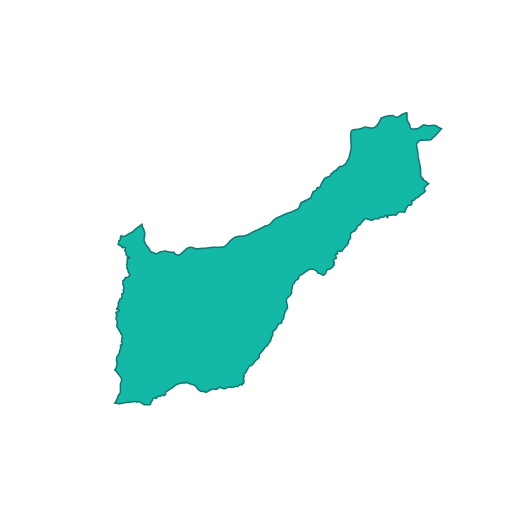 Bochalema, Norte de Santander, Colombia, rotated 22°
{"feature_id": "7082276B10229211871917", "entity_name": "Bochalema", "entity_type": "district", "adm_level": 2, "iso_a3": "COL", "parent_name": "Colombia", "parent_adm1": "Norte de Santander", "projection": "mercator", "projection_center": [-72.657, 7.644], "detail": "fine", "context": "isolated", "style": "filled", "palette": "teal", "viewbox_px": 512, "rotation_deg": 22, "n_neighbors": 0, "source": "geoboundaries", "source_scale": "gbopen_adm2", "svg_char_len": 6125}
<svg xmlns="http://www.w3.org/2000/svg" viewBox="0 0 512 512"><g transform="rotate(22 256 256)"><path d="M123.5,287.5L123.2,289.1L123.9,291.0L124.0,292.3L123.1,293.2L123.7,294.4L123.6,296.5L124.4,297.2L127.2,297.3L129.0,298.4L129.6,298.3L130.3,297.2L130.8,297.0L132.0,297.4L132.1,300.0L133.8,301.1L134.6,302.1L135.1,303.6L137.4,304.8L138.5,304.3L139.2,304.8L139.2,305.7L137.6,306.3L137.4,306.6L138.3,307.5L138.2,308.5L139.2,310.6L139.3,312.8L140.6,314.0L140.7,315.6L141.8,316.2L144.1,319.3L145.6,320.1L146.1,320.7L145.3,323.9L143.5,324.5L143.0,325.1L143.1,327.0L142.7,327.2L141.8,329.1L142.9,330.5L143.0,332.3L144.3,333.0L145.6,335.0L145.9,336.1L145.6,337.2L146.9,339.4L146.7,340.2L145.7,341.7L146.5,342.6L147.5,345.4L146.0,346.8L145.9,351.1L147.0,353.7L147.0,355.5L146.6,357.2L146.7,357.6L147.2,357.9L147.6,357.7L148.1,356.8L148.4,356.7L149.7,358.2L149.0,359.3L147.4,360.6L147.4,361.1L148.0,362.0L149.1,362.5L149.4,363.2L149.3,365.1L149.7,366.7L151.8,368.4L152.6,370.6L152.6,371.4L153.7,374.0L155.9,375.1L157.0,376.4L159.0,377.6L159.5,378.6L160.9,379.1L161.8,380.0L162.3,381.2L162.6,383.3L163.4,384.7L163.2,385.3L163.5,386.3L164.9,387.2L165.1,387.7L165.1,388.4L163.7,389.4L165.0,392.3L165.1,395.1L165.7,397.1L164.8,402.1L165.5,404.6L167.1,407.1L168.1,409.7L168.2,411.7L167.8,414.5L169.1,415.0L176.4,419.2L177.7,420.9L178.1,422.0L178.2,425.5L181.3,433.1L181.2,434.6L180.6,436.9L180.7,442.3L180.2,445.3L184.7,444.2L190.0,440.7L192.7,439.5L197.8,436.4L200.1,436.1L202.3,435.0L203.4,434.9L207.9,435.8L213.2,433.7L213.6,433.3L213.8,432.4L213.3,430.5L213.5,429.8L214.1,429.1L213.8,427.4L214.1,426.1L214.8,425.6L216.9,425.4L217.7,422.5L218.2,422.2L219.8,422.0L220.9,420.2L222.6,420.0L223.4,419.6L223.9,418.2L223.3,415.9L223.5,415.4L224.9,413.7L226.0,411.9L228.3,408.7L230.3,405.0L234.6,401.6L238.1,400.2L238.3,399.4L238.7,399.0L240.9,399.4L247.0,398.8L249.5,399.6L252.0,401.3L254.8,402.0L255.9,402.0L258.8,401.1L259.9,401.3L260.7,401.0L262.0,399.9L263.2,397.9L264.4,396.9L264.8,395.8L268.4,394.9L269.9,393.9L270.5,392.8L270.6,391.8L271.1,391.3L271.6,391.2L272.5,391.5L274.4,390.9L275.9,391.2L277.6,390.0L278.7,388.6L279.8,387.7L284.0,386.4L285.3,384.7L287.9,383.9L289.0,381.7L289.7,380.9L290.5,380.5L290.8,380.0L291.3,380.7L291.5,379.6L292.2,378.6L291.6,376.1L290.3,374.3L290.1,372.2L289.1,370.2L289.2,369.8L290.1,368.2L290.2,367.3L290.9,360.8L293.4,358.4L294.8,353.0L296.7,349.9L296.8,348.8L296.1,346.8L296.2,345.2L297.7,341.3L298.8,336.4L300.2,334.7L300.3,332.4L301.3,329.3L300.8,325.5L301.1,323.0L300.2,321.1L300.3,319.1L301.4,317.2L301.9,315.6L302.0,312.7L302.4,310.6L304.4,308.9L304.7,307.7L304.4,305.7L305.0,303.5L304.3,301.1L303.9,296.3L304.5,293.9L304.6,292.2L303.5,290.0L301.4,287.1L300.3,284.1L302.5,279.5L302.8,278.1L302.6,276.0L301.4,273.7L301.6,272.3L301.0,270.1L300.9,268.5L301.6,266.8L301.9,263.9L303.8,261.5L303.9,260.8L303.4,258.8L303.5,258.2L303.9,257.5L305.0,256.6L309.5,249.5L311.6,247.6L313.7,246.9L315.9,246.8L318.4,247.5L319.6,248.6L322.3,248.3L324.5,248.7L325.5,248.6L326.4,247.8L327.0,245.4L327.1,241.8L328.9,240.9L330.2,239.2L331.1,237.6L331.8,235.0L331.5,233.8L329.3,230.6L329.8,229.4L331.3,228.0L331.2,227.5L329.2,225.5L329.6,224.5L330.9,223.3L330.1,222.3L329.9,221.1L330.6,220.4L332.5,220.3L334.0,219.1L334.2,217.3L335.3,213.7L336.1,212.4L336.5,211.2L336.7,209.5L335.9,207.1L336.4,206.2L337.0,204.1L335.4,200.3L335.4,199.5L336.5,197.4L338.2,195.7L338.5,195.0L338.5,193.9L339.1,192.8L338.8,191.1L339.0,190.0L340.7,188.0L341.5,184.6L342.2,183.4L342.9,181.1L344.0,180.0L346.3,180.1L347.9,179.7L348.8,179.7L349.3,179.4L349.6,179.8L349.9,179.6L352.7,176.6L355.9,175.6L356.2,173.8L357.6,173.4L359.6,172.2L360.2,171.5L360.9,169.6L362.1,169.8L362.9,171.1L363.3,171.3L363.6,170.9L363.4,169.2L363.9,168.5L365.7,167.8L366.3,167.1L370.4,165.7L370.8,165.1L371.3,162.8L372.3,161.6L373.2,161.0L375.3,160.3L376.2,160.2L377.3,159.7L377.7,158.7L377.4,156.8L377.9,152.4L378.4,151.8L380.5,150.9L381.0,149.9L380.8,148.7L379.8,146.7L380.2,146.2L381.6,145.2L382.0,144.4L382.1,142.9L384.4,140.8L385.5,137.8L387.7,134.8L388.4,133.3L388.6,131.9L387.5,131.8L386.5,130.2L387.3,127.1L388.7,125.0L388.9,124.2L387.3,124.0L385.8,123.1L384.6,123.2L382.7,122.7L381.9,121.6L380.8,121.9L378.4,119.3L375.6,113.0L371.8,107.1L369.2,103.6L367.4,99.6L363.6,93.7L363.0,92.2L363.2,90.2L364.0,88.6L365.1,87.1L373.5,83.4L375.0,82.2L375.5,80.5L377.1,77.5L380.3,68.5L377.1,68.4L374.6,67.8L373.6,67.8L371.4,68.4L367.9,70.3L366.2,70.9L362.2,71.6L358.6,77.0L355.9,78.6L353.4,79.7L352.2,79.8L350.5,78.9L349.2,76.6L347.8,75.6L344.8,72.8L342.5,66.9L342.0,66.7L339.8,68.5L337.7,70.9L335.7,74.2L332.6,75.0L331.6,75.0L330.7,74.3L328.2,75.4L324.4,77.6L320.3,81.2L320.0,86.7L319.3,89.3L318.3,91.7L317.6,92.5L316.0,93.8L314.9,94.3L309.1,95.4L305.0,99.0L303.1,100.3L299.4,102.2L298.0,103.4L297.7,104.2L297.9,106.8L298.6,108.9L303.8,120.0L305.5,130.1L304.9,133.5L304.9,135.7L304.7,136.8L303.5,138.6L303.0,140.0L301.5,141.1L300.4,141.4L299.6,142.5L298.2,146.3L296.2,148.9L295.7,150.4L294.7,151.8L294.9,152.2L294.9,154.1L292.8,155.9L292.0,157.2L291.7,157.1L291.9,156.4L290.4,158.7L289.5,165.1L289.6,167.9L288.7,169.2L287.8,169.3L287.4,169.6L287.0,170.6L287.5,172.0L284.7,175.4L285.2,175.6L284.8,177.4L284.9,182.0L283.4,183.2L281.0,186.9L280.7,187.2L280.7,186.4L277.7,189.7L277.8,195.2L277.1,196.9L271.7,202.5L267.8,205.7L267.3,206.6L266.2,207.1L265.5,208.3L261.2,212.7L259.0,215.8L257.2,221.0L256.2,222.5L254.8,223.8L253.3,224.6L248.2,230.7L244.3,234.6L240.9,238.9L238.6,241.0L236.6,242.4L232.6,244.1L230.4,245.7L229.0,247.1L226.4,251.4L225.4,254.9L224.5,256.9L223.5,258.7L222.4,259.8L217.4,262.3L213.0,263.9L206.1,267.8L202.0,269.6L198.8,271.5L196.9,271.8L193.3,272.0L191.9,272.5L189.6,274.3L188.8,275.4L186.8,279.8L184.8,283.4L184.2,284.0L181.1,284.7L180.0,284.3L178.7,283.3L173.4,285.0L170.2,285.3L165.3,288.3L164.7,289.3L163.0,291.3L157.1,291.4L155.6,290.8L153.4,288.7L149.6,286.8L148.9,285.9L146.7,283.9L146.2,283.0L145.3,280.4L145.3,278.9L144.0,275.9L141.4,272.8L139.2,271.1L139.2,270.4L138.4,269.3L135.3,274.3L133.3,278.0L132.7,279.6L129.2,283.7L127.4,286.3L125.5,287.8L124.6,287.9L123.5,287.5Z" fill="#14b8a6" stroke="#0f766e" stroke-width="1.5"/></g></svg>